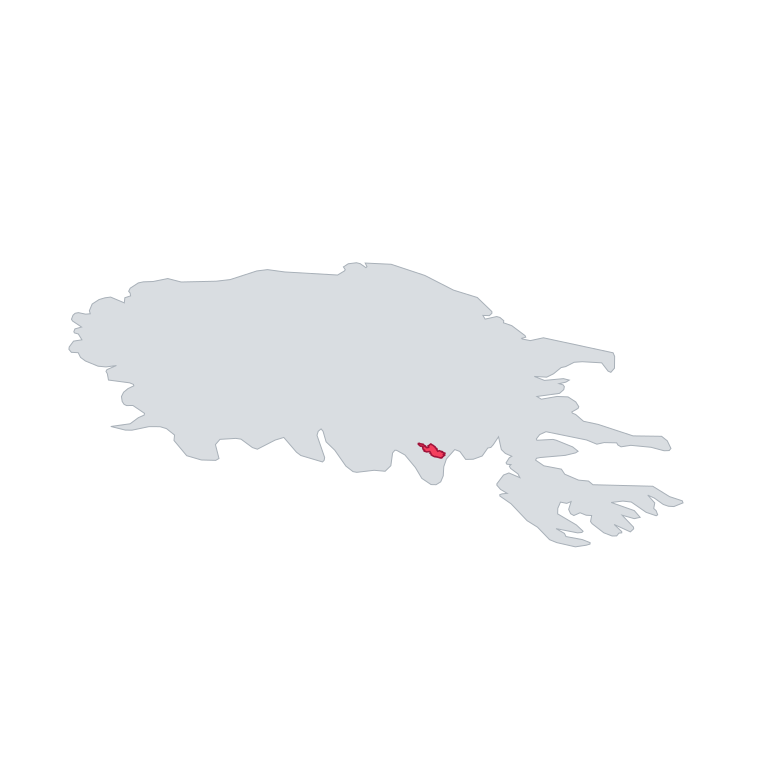 Blönduósbær, Norðurland vestra, Iceland shown in context, rotated 194°
{"feature_id": "244011B97005072200428", "entity_name": "Blönduósbær", "entity_type": "district", "adm_level": 2, "iso_a3": "ISL", "parent_name": "Iceland", "parent_adm1": "Norðurland vestra", "projection": "natural_earth1", "projection_center": [-20.065, 65.651], "detail": "fine", "context": "in_parent", "style": "filled", "palette": "rose", "viewbox_px": 768, "rotation_deg": 194, "n_neighbors": 0, "source": "geoboundaries", "source_scale": "gbopen_adm2", "svg_char_len": 6935}
<svg xmlns="http://www.w3.org/2000/svg" viewBox="0 0 768 768"><g transform="rotate(194 384 384)"><path d="M584.3,288.1L591.0,288.4L601.7,285.8L617.2,278.3L623.7,276.7L638.8,276.7L620.7,284.0L614.2,291.9L609.2,295.8L609.3,297.6L622.4,302.4L628.6,300.8L631.3,301.4L633.8,303.7L635.7,308.3L634.7,313.0L631.2,317.7L626.3,321.7L627.0,323.0L631.1,323.6L652.3,321.2L654.9,327.0L656.8,329.0L656.3,330.9L648.1,337.2L657.9,333.3L665.8,332.1L679.3,334.1L684.9,336.4L688.3,340.4L695.0,339.1L698.1,341.4L698.4,343.8L695.6,350.5L687.8,353.8L692.7,358.6L696.8,358.7L697.6,359.8L697.2,362.7L691.2,366.1L701.5,369.8L702.9,371.2L702.4,375.5L700.8,377.9L697.8,379.3L690.4,379.6L686.0,381.1L687.6,383.8L686.5,391.0L680.9,397.0L675.6,400.1L670.3,402.2L655.6,399.9L656.3,405.0L651.2,408.2L652.3,410.8L654.2,412.2L653.4,415.6L646.9,422.6L642.2,424.9L632.8,427.6L619.3,434.0L605.5,433.9L571.8,443.1L558.5,448.1L534.8,462.9L524.7,466.8L507.4,468.7L455.4,478.5L449.6,484.3L449.3,485.6L451.7,487.8L447.8,492.0L440.0,495.0L436.2,495.0L429.7,492.5L428.9,493.7L431.5,496.8L406.0,501.9L370.6,499.2L339.3,491.9L314.4,490.5L296.9,480.4L296.4,478.8L298.3,475.8L304.6,474.5L301.6,471.4L291.0,476.7L287.6,476.6L283.1,474.4L282.9,472.3L274.1,471.5L258.9,465.1L257.8,463.7L261.5,461.6L260.8,461.1L252.5,461.5L240.5,467.4L169.3,469.7L166.9,466.6L164.2,455.1L166.7,450.2L169.7,450.7L177.9,457.2L197.0,453.6L204.7,451.1L212.0,444.8L216.1,442.8L222.0,434.9L227.8,430.0L240.0,427.7L229.2,426.3L211.2,432.6L205.2,432.6L208.0,429.8L214.2,426.7L210.0,426.5L208.4,425.1L208.2,422.1L211.4,417.4L232.6,408.9L227.7,407.3L213.0,413.8L202.3,416.0L193.6,413.0L189.5,409.1L189.8,407.3L195.0,402.3L194.2,401.3L190.7,400.8L181.4,396.1L166.5,396.6L129.8,393.9L102.0,400.4L95.4,397.4L90.0,390.9L91.2,388.4L96.1,387.0L109.6,387.2L129.7,384.2L138.8,380.4L142.3,381.4L144.0,383.2L156.3,380.4L162.9,377.1L173.9,378.7L215.3,376.9L220.7,372.6L222.9,367.5L222.0,366.4L206.7,371.1L203.3,371.1L185.7,368.6L179.4,365.7L181.5,363.5L190.9,358.6L214.8,350.4L218.1,348.8L218.5,346.8L209.1,343.3L191.3,344.3L186.8,340.2L172.0,337.8L162.1,339.3L156.9,336.8L98.5,349.8L79.7,343.8L66.3,342.8L65.1,341.0L73.1,335.2L78.5,334.2L83.9,334.7L94.1,338.7L101.2,340.0L92.5,334.1L92.2,328.5L89.4,327.0L86.8,323.3L88.0,322.0L98.6,322.9L115.5,329.3L123.9,328.2L134.9,324.0L110.5,321.7L103.2,316.6L108.6,313.9L121.2,314.3L107.3,305.5L106.7,303.9L109.2,300.1L126.7,303.4L117.6,298.3L117.3,297.1L120.0,296.1L121.5,292.9L125.9,291.7L134.7,292.8L148.3,298.8L150.3,300.5L150.7,306.6L156.1,305.6L162.6,306.5L168.0,302.3L171.6,303.3L174.5,307.0L174.0,315.2L177.8,312.4L184.2,312.1L185.3,305.4L184.1,300.0L163.3,293.8L155.2,289.3L156.1,287.8L160.2,286.4L182.1,285.3L172.8,282.7L170.5,280.0L153.9,281.0L145.6,279.9L145.4,278.5L148.8,276.5L158.9,272.3L178.0,271.9L185.7,273.0L200.4,282.2L212.1,286.0L231.7,298.5L244.4,303.3L244.9,304.6L242.8,306.0L238.0,307.7L245.4,309.9L250.0,313.1L250.3,314.5L246.0,324.6L241.3,327.9L229.5,326.0L232.3,329.2L240.7,332.7L242.5,334.6L241.3,336.5L245.3,335.9L246.5,337.0L244.6,342.7L242.5,344.8L249.5,346.0L254.3,348.8L260.1,360.5L263.3,351.5L265.0,348.3L267.8,347.0L271.3,337.9L279.2,332.6L286.5,330.6L294.1,336.9L299.5,337.5L305.3,326.4L306.0,318.2L304.3,309.2L305.3,302.8L309.1,298.9L314.0,297.8L324.5,301.6L333.3,310.5L346.5,320.2L355.7,322.7L357.4,322.4L359.0,319.2L357.6,306.4L361.8,299.6L372.7,297.9L389.1,291.7L392.9,291.5L401.1,295.1L415.8,307.9L426.2,313.9L431.7,323.4L434.2,325.2L436.4,322.2L436.6,318.0L423.8,298.3L423.6,295.6L424.8,293.5L447.4,294.5L452.5,296.7L468.3,307.9L476.0,303.3L491.1,290.1L496.3,290.5L509.4,295.9L514.6,295.4L529.8,290.6L532.9,284.4L526.1,271.8L528.8,269.2L542.8,266.1L558.1,266.7L574.1,278.4L574.9,283.8L584.3,288.1Z" fill="#d9dde1" stroke="#a8b0b8" stroke-width="1"/><path d="M328.7,328.6L327.5,328.5L327.0,328.5L326.7,328.5L326.2,328.4L323.4,329.5L323.2,329.5L323.0,329.4L322.9,329.3L322.8,329.2L322.7,329.1L322.8,328.9L322.7,328.8L322.6,328.7L322.4,328.7L322.3,328.4L322.1,328.3L322.0,328.2L321.9,328.1L322.0,328.0L321.9,328.0L321.9,327.9L321.7,327.8L321.6,327.7L321.5,327.4L321.4,327.3L321.2,327.3L321.0,327.2L321.0,326.9L321.0,326.7L320.9,326.7L320.7,326.7L320.4,326.5L320.3,326.4L320.0,326.3L319.9,326.3L319.8,326.2L319.6,326.2L319.4,326.2L319.2,326.1L318.9,326.0L318.6,326.0L318.4,325.9L317.7,325.8L317.3,325.8L317.3,325.7L317.2,325.7L316.9,325.8L316.7,325.8L316.4,325.8L316.2,325.8L315.9,325.9L315.9,326.0L315.7,325.9L315.5,326.0L315.3,325.9L315.2,325.9L315.0,326.0L314.8,326.0L314.6,326.1L314.4,326.1L314.2,326.0L313.9,326.0L313.8,325.9L313.6,325.9L313.6,325.7L313.6,325.8L313.4,325.9L313.3,326.0L313.2,326.0L312.9,325.9L312.8,326.0L312.7,326.0L312.3,326.0L312.2,325.9L311.9,325.9L311.8,326.0L311.4,326.0L311.2,326.1L310.9,325.9L310.7,325.9L310.6,326.0L310.4,326.2L310.2,326.3L309.9,326.5L309.7,326.7L309.7,326.8L309.9,327.0L309.8,327.3L309.7,327.4L309.4,327.6L309.1,327.9L309.0,328.0L308.9,328.0L309.0,328.0L308.8,328.3L308.8,328.5L308.7,328.5L308.5,328.8L308.5,329.0L308.4,329.1L308.6,329.1L308.6,329.3L308.8,329.6L308.8,329.8L308.9,330.0L308.7,330.0L308.8,330.0L308.7,330.1L308.9,330.1L309.0,330.2L309.0,330.3L308.9,330.4L308.8,330.5L308.6,330.6L308.6,330.8L308.5,330.7L308.4,330.7L308.4,330.8L308.3,331.0L308.2,331.2L308.1,331.3L308.1,331.6L311.4,332.0L311.2,332.5L311.4,332.5L312.7,332.5L314.3,332.7L315.5,331.7L316.0,332.1L316.3,332.3L316.5,332.5L316.5,332.8L316.6,333.0L317.1,333.2L317.2,333.3L316.9,333.5L317.0,333.6L317.2,333.8L317.1,334.1L317.4,334.3L317.9,334.4L318.3,334.4L318.5,334.4L318.8,334.6L319.0,334.8L319.1,335.0L319.1,335.3L319.4,335.5L319.6,335.6L320.2,335.6L320.3,335.7L320.4,335.8L320.6,336.0L321.2,336.2L321.5,336.3L321.8,336.5L322.7,336.6L322.8,336.6L323.1,336.8L323.3,336.8L323.5,336.9L323.6,337.0L323.8,337.1L324.0,337.2L324.3,337.0L324.5,336.7L325.2,335.7L325.3,335.5L325.4,335.4L325.7,335.1L326.3,334.8L326.4,334.7L326.6,334.5L326.8,334.4L326.6,334.4L326.3,334.4L326.0,334.4L325.9,334.3L325.8,334.2L325.8,333.9L325.7,333.8L325.3,333.6L325.4,333.4L325.6,333.2L326.1,333.0L326.2,332.9L326.5,332.8L326.6,332.7L326.8,332.6L327.0,332.5L327.4,332.7L327.4,332.8L327.5,332.9L327.9,332.9L327.9,333.0L328.0,333.0L328.3,333.3L328.5,333.4L328.5,333.5L328.7,333.8L328.9,333.8L329.0,333.9L329.2,334.0L329.3,334.0L329.4,333.9L329.5,334.0L330.5,334.4L330.8,334.5L331.5,334.7L331.5,334.8L331.5,335.0L331.8,335.0L333.0,334.9L333.3,334.9L334.0,334.8L334.4,334.8L334.6,334.8L334.8,334.9L335.0,335.0L335.5,335.0L336.3,334.6L336.2,334.3L336.2,334.0L336.2,333.9L335.5,333.5L335.3,333.4L335.1,333.2L334.6,333.0L333.9,332.6L333.6,332.5L333.4,332.5L333.1,332.6L332.7,332.8L332.4,332.8L332.1,332.8L331.9,332.8L331.8,332.7L331.6,332.4L331.0,332.4L330.9,332.4L331.0,332.3L331.0,332.1L331.0,331.9L331.0,331.6L331.0,331.4L330.9,331.3L330.8,331.1L330.4,330.3L329.9,330.0L329.9,329.9L329.8,329.7L329.7,329.6L329.0,329.6L328.8,329.6L328.6,329.6L328.5,329.4L328.5,329.1L328.7,328.9L328.7,328.6Z" fill="#f43f5e" stroke="#9f1239" stroke-width="1.5"/></g></svg>